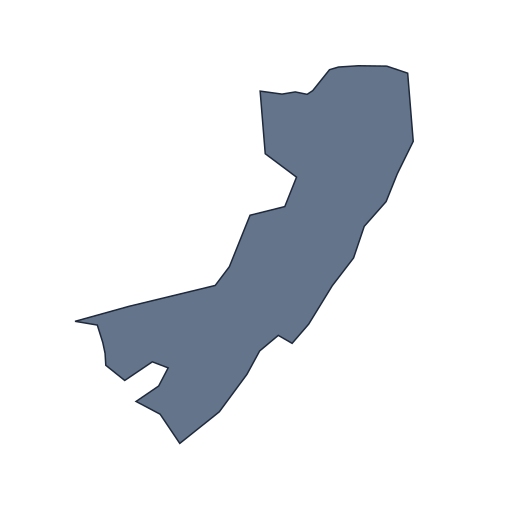 the district of Uychi, Namangan, Uzbekistan, rotated 346°
{"feature_id": "79887680B4348480109525", "entity_name": "Uychi", "entity_type": "district", "adm_level": 2, "iso_a3": "UZB", "parent_name": "Uzbekistan", "parent_adm1": "Namangan", "projection": "equal_earth", "projection_center": [71.866, 41.057], "detail": "fine", "context": "isolated", "style": "filled", "palette": "slate", "viewbox_px": 512, "rotation_deg": 346, "n_neighbors": 0, "source": "geoboundaries", "source_scale": "gbopen_adm2", "svg_char_len": 665}
<svg xmlns="http://www.w3.org/2000/svg" viewBox="0 0 512 512"><g transform="rotate(346 256 256)"><path d="M269.9,349.5L290.6,334.9L322.8,303.3L350.2,281.5L368.2,253.4L395.4,234.7L413.0,210.4L436.3,182.8L447.4,115.3L428.8,103.4L401.5,96.2L381.7,92.6L372.4,93.0L351.0,109.3L344.7,111.5L333.8,106.3L320.4,105.2L299.9,97.0L289.7,159.0L314.4,189.3L295.9,215.0L260.1,215.0L227.6,259.9L209.3,274.7L120.7,274.1L64.6,275.6L85.3,284.6L86.4,302.9L86.0,314.0L83.8,325.7L98.5,345.0L129.8,333.6L143.7,343.3L130.1,358.6L104.4,368.1L124.7,386.3L136.7,419.4L182.7,398.3L218.6,368.6L236.6,349.0L258.4,338.4L269.9,349.5Z" fill="#64748b" stroke="#1e293b" stroke-width="1.5"/></g></svg>